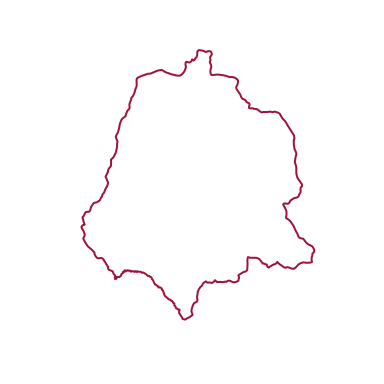 Ciudad Bolívar, Antioquia, Colombia (Robinson projection), rotated 146°
{"feature_id": "7082276B35389673608197", "entity_name": "Ciudad Bolívar", "entity_type": "district", "adm_level": 2, "iso_a3": "COL", "parent_name": "Colombia", "parent_adm1": "Antioquia", "projection": "robinson", "projection_center": [-75.992, 5.842], "detail": "fine", "context": "isolated", "style": "outline", "palette": "rose", "viewbox_px": 384, "rotation_deg": 146, "n_neighbors": 0, "source": "geoboundaries", "source_scale": "gbopen_adm2", "svg_char_len": 5994}
<svg xmlns="http://www.w3.org/2000/svg" viewBox="0 0 384 384"><g transform="rotate(146 192 192)"><path d="M253.1,254.1L254.9,253.2L255.2,252.7L255.5,250.6L256.0,248.8L256.2,246.9L256.8,246.1L259.1,244.3L261.7,243.1L265.4,240.6L267.4,240.1L269.2,238.6L270.9,238.1L272.4,236.9L273.8,236.6L276.9,236.8L278.9,237.6L279.7,237.7L280.5,237.5L283.9,236.1L287.1,233.4L288.1,233.3L289.1,233.6L290.2,234.4L291.3,234.7L292.2,234.4L295.2,232.7L296.6,232.4L296.9,232.2L297.2,231.7L297.5,230.5L298.6,227.7L299.2,225.1L299.5,225.0L300.9,225.5L302.0,225.4L303.0,224.9L303.4,224.4L303.7,223.4L303.7,220.5L304.0,219.1L304.7,216.7L306.0,215.5L307.7,214.7L308.1,214.3L308.3,213.6L308.6,211.5L308.8,205.3L307.5,200.8L306.7,196.5L307.5,195.0L307.8,192.3L307.6,190.9L307.3,190.0L306.8,189.5L303.8,187.8L303.2,186.2L303.0,185.4L303.1,185.0L303.4,184.6L303.2,183.2L303.5,178.9L303.4,177.0L304.4,175.2L304.5,174.6L304.4,174.1L302.3,170.9L302.3,169.7L302.8,167.8L302.4,165.8L302.6,165.3L304.0,164.0L304.3,163.1L303.8,163.0L303.6,162.5L303.2,162.4L301.9,163.6L301.4,163.4L300.1,162.2L298.3,162.2L297.3,162.5L296.2,163.5L294.8,163.4L294.0,164.2L293.3,163.7L292.9,163.8L292.3,164.4L291.4,163.3L291.1,163.5L291.4,164.0L291.2,164.3L290.1,163.2L289.5,163.3L289.0,162.4L288.3,162.3L287.5,161.4L287.4,161.2L287.5,160.8L287.2,160.3L286.7,160.7L285.9,159.6L285.0,159.2L284.5,158.1L283.9,158.2L283.3,158.0L283.3,157.5L283.2,157.4L282.9,157.5L282.5,156.6L282.0,157.0L281.4,156.7L281.0,155.9L279.4,154.8L278.8,153.9L278.9,153.3L277.4,152.5L276.0,149.4L275.4,147.0L274.4,146.3L274.2,145.2L273.8,144.8L273.5,144.2L273.5,143.1L273.9,142.2L273.6,140.4L274.3,137.9L274.2,136.8L274.3,135.8L273.6,134.9L273.1,132.8L272.6,132.4L272.7,132.0L273.1,132.0L273.1,131.6L271.7,130.5L271.4,130.1L271.1,129.1L271.1,128.8L271.5,128.3L271.6,127.7L271.3,127.0L271.2,126.4L271.8,124.5L271.8,123.4L272.4,122.5L272.5,120.7L271.5,117.4L271.5,116.2L270.6,115.4L270.4,114.6L270.1,114.1L270.1,113.4L269.4,112.7L269.4,111.5L269.6,111.0L269.0,109.4L269.9,108.1L270.0,107.4L269.7,106.6L270.2,104.7L270.0,104.1L269.4,103.5L269.3,102.4L268.4,101.7L268.2,101.3L268.4,100.9L269.2,100.7L270.3,98.9L270.4,93.6L270.7,92.0L269.1,90.1L267.0,90.1L264.2,89.6L260.3,89.8L260.1,90.1L259.3,93.1L258.3,94.6L255.9,96.6L254.2,97.8L252.7,98.6L251.9,98.7L249.5,98.4L248.7,98.7L247.7,99.6L247.2,100.9L246.6,102.0L243.1,105.9L240.8,107.5L238.2,108.5L235.7,108.9L234.2,110.0L232.5,110.2L230.5,110.1L230.0,108.4L229.6,108.0L227.8,107.1L226.6,105.6L226.0,105.4L224.5,105.3L222.3,105.9L221.6,103.3L218.5,101.4L216.7,99.9L214.7,99.2L213.7,98.3L211.8,98.3L210.9,97.9L209.6,96.2L208.7,94.6L207.5,93.5L205.6,92.8L203.6,92.4L203.2,92.5L201.9,93.9L201.2,94.3L200.6,95.3L200.2,96.8L199.4,97.1L194.5,96.9L191.9,96.1L191.0,96.1L189.7,96.6L186.7,100.6L184.2,104.5L182.8,106.1L181.9,106.6L180.7,105.1L175.4,101.4L174.3,100.0L173.8,99.0L173.5,97.0L173.3,93.1L172.6,92.8L171.6,91.2L170.8,90.3L170.7,89.8L171.2,87.7L171.1,87.1L170.6,86.4L169.1,86.6L166.3,86.4L164.5,86.2L163.6,85.8L162.2,85.7L161.5,85.9L161.0,86.2L160.4,86.2L159.9,83.7L157.8,78.1L156.8,76.8L155.3,76.6L154.6,76.1L152.0,72.6L150.5,71.4L148.4,71.4L144.5,72.3L143.2,72.4L141.7,72.2L139.3,71.5L138.7,71.1L136.7,69.3L133.1,67.1L131.6,67.0L131.1,68.3L129.7,70.5L127.8,72.0L126.6,73.6L125.7,73.7L124.4,74.1L123.6,74.8L123.1,75.4L122.7,77.4L122.7,79.4L123.0,80.3L124.2,82.5L124.7,83.1L125.1,84.1L125.6,86.1L125.8,89.7L126.0,91.0L128.0,93.2L128.6,94.1L128.7,95.1L128.5,96.5L127.9,98.6L127.9,99.9L127.5,103.3L126.8,106.8L126.8,113.0L127.6,115.7L128.4,117.3L128.5,118.0L126.5,120.1L124.4,123.4L123.7,127.2L123.6,129.8L123.4,130.5L122.8,130.9L122.1,130.9L121.1,130.4L119.8,129.1L119.0,128.7L118.1,128.6L117.0,128.8L116.3,129.4L115.4,129.8L113.9,129.9L110.9,129.8L108.3,128.8L106.5,128.7L105.9,129.0L104.6,130.0L102.3,131.0L101.7,131.5L100.6,133.5L99.5,134.7L98.9,135.1L98.1,135.1L97.4,135.5L96.7,136.7L96.5,137.6L96.7,144.8L95.4,148.5L94.6,149.9L92.2,153.4L91.3,155.2L90.1,159.1L89.3,160.3L88.4,160.9L87.9,161.8L84.6,164.8L83.9,165.8L83.5,167.1L83.0,170.2L81.1,174.3L78.8,177.9L77.4,179.0L76.8,179.7L75.9,181.7L75.8,182.6L75.5,193.6L75.2,197.6L75.2,199.0L75.8,201.8L75.9,202.7L75.5,207.9L76.4,209.8L78.5,212.4L80.6,213.1L82.2,214.9L85.4,216.5L88.0,218.4L89.5,218.9L89.9,219.3L90.3,220.0L91.0,222.3L92.0,224.5L94.2,226.4L94.8,227.4L95.5,228.0L96.5,228.3L97.6,229.6L97.3,230.7L95.6,232.0L95.2,232.6L95.1,233.6L96.4,235.9L96.4,238.0L96.8,239.2L97.9,240.8L98.1,241.4L98.1,243.4L97.5,245.8L97.5,252.3L96.9,254.0L96.6,254.3L95.2,255.2L94.6,255.4L92.1,257.6L91.6,258.8L91.6,260.1L92.0,261.4L92.6,262.8L93.8,264.3L95.3,265.6L96.6,266.2L98.9,269.3L100.5,271.0L104.1,274.3L106.2,275.7L109.8,277.6L110.4,278.2L110.5,278.7L110.5,279.3L109.5,281.5L108.9,282.4L106.1,284.9L105.4,286.0L105.1,286.8L105.0,288.5L104.6,289.8L103.0,290.9L101.7,293.6L101.4,293.8L98.9,294.8L98.5,295.2L97.9,296.9L97.9,297.9L98.2,298.4L98.5,298.8L100.5,300.0L101.5,300.0L102.5,300.6L103.1,301.9L104.1,303.2L106.3,305.3L106.9,305.7L108.6,305.7L109.2,305.2L111.3,302.4L113.0,301.2L114.1,301.1L116.2,300.1L117.2,300.3L117.6,301.4L117.6,302.4L118.0,301.6L118.8,301.0L119.8,300.7L121.2,300.7L122.1,301.0L123.3,302.5L123.8,303.0L124.5,303.0L125.0,302.8L126.2,301.2L127.1,299.0L130.0,296.8L132.0,295.8L133.9,295.3L135.8,295.2L137.3,295.4L140.0,297.5L143.0,300.9L146.5,305.5L147.3,306.8L148.0,308.6L149.0,310.2L151.7,311.5L153.3,312.0L160.0,313.3L162.4,314.6L166.2,315.7L169.7,316.6L172.4,317.0L173.8,317.0L174.5,316.7L175.3,315.9L178.3,311.2L179.8,309.8L180.9,309.3L184.0,306.6L187.3,304.6L189.9,303.8L190.7,302.7L194.0,300.5L195.3,299.1L196.4,297.1L197.4,296.0L199.3,295.7L200.8,295.1L203.3,293.4L204.7,292.0L208.7,291.8L209.8,291.4L213.1,289.3L214.1,288.3L215.6,287.0L216.0,286.3L220.0,282.9L221.2,282.2L222.9,281.4L224.3,280.4L225.1,278.0L225.4,275.9L225.7,275.3L227.0,274.1L228.5,271.8L230.6,269.6L233.4,267.1L237.8,264.7L240.8,264.2L241.2,263.9L242.5,261.7L244.8,258.8L248.1,257.8L249.5,256.8L250.5,255.6L252.2,254.7L253.1,254.1Z" fill="none" stroke="#9f1239" stroke-width="2"/></g></svg>